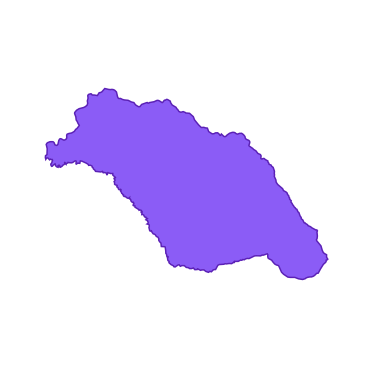 Caicedonia, Valle del Cauca, Colombia, rotated 297°
{"feature_id": "7082276B66968724645536", "entity_name": "Caicedonia", "entity_type": "district", "adm_level": 2, "iso_a3": "COL", "parent_name": "Colombia", "parent_adm1": "Valle del Cauca", "projection": "orthographic", "projection_center": [-75.855, 4.307], "detail": "fine", "context": "isolated", "style": "filled", "palette": "violet", "viewbox_px": 384, "rotation_deg": 297, "n_neighbors": 0, "source": "geoboundaries", "source_scale": "gbopen_adm2", "svg_char_len": 6033}
<svg xmlns="http://www.w3.org/2000/svg" viewBox="0 0 384 384"><g transform="rotate(297 192 192)"><path d="M256.4,188.0L255.3,186.0L253.9,185.1L253.0,183.6L253.3,179.9L253.6,179.2L255.9,176.7L255.2,174.7L255.0,173.2L253.8,171.2L253.8,170.6L254.8,167.4L257.1,162.2L257.5,161.4L259.7,159.0L261.0,154.1L259.6,150.6L259.8,149.8L259.6,147.6L258.0,145.9L257.8,143.9L259.1,141.6L259.3,140.6L260.2,139.3L260.5,134.9L261.9,132.4L263.1,131.4L263.3,128.2L262.9,127.2L261.7,126.6L261.4,125.9L260.8,125.6L259.2,125.4L258.1,124.8L258.4,121.3L258.2,120.0L257.6,119.1L255.2,117.2L252.3,113.4L251.5,113.1L251.2,112.1L251.4,111.5L251.0,111.0L247.2,107.4L244.4,106.8L243.7,105.4L244.0,102.1L245.3,99.6L244.7,97.2L244.7,93.5L243.3,89.9L242.9,88.0L242.9,85.8L242.1,84.5L242.1,83.7L243.1,82.4L246.8,79.3L247.5,77.2L247.6,75.8L247.1,74.1L246.3,73.0L245.6,71.3L244.6,67.3L240.3,66.2L239.2,65.4L238.3,64.2L235.0,63.9L234.0,60.8L233.3,59.5L233.2,58.7L233.7,57.9L233.6,57.3L232.3,55.8L231.6,55.4L230.5,55.4L228.4,56.8L225.6,57.4L223.7,58.8L221.7,59.1L219.6,58.2L218.0,57.0L215.0,53.6L212.4,52.0L209.6,51.4L208.6,51.8L206.2,54.4L203.6,56.1L202.7,57.7L201.3,59.4L200.2,61.3L199.1,61.2L196.1,60.6L195.0,59.9L192.8,59.7L192.0,59.3L189.9,57.9L188.3,55.8L186.9,54.5L185.8,54.5L183.2,55.9L181.6,55.7L180.3,54.7L180.0,54.1L180.0,51.3L179.8,50.6L179.1,50.0L177.5,49.9L173.6,50.9L172.3,50.5L172.0,50.1L171.8,48.5L173.4,46.7L173.7,45.6L173.5,44.8L172.3,42.6L170.5,41.0L169.6,40.6L168.2,40.5L164.9,43.3L159.5,45.8L157.8,45.0L156.1,45.7L154.7,46.9L156.1,47.0L156.7,47.6L156.8,48.5L156.0,50.5L157.0,50.9L157.0,52.0L157.5,52.5L157.4,52.9L156.9,53.4L155.6,53.5L154.6,53.8L152.7,53.5L151.5,54.5L151.2,55.4L151.7,55.9L152.8,56.1L154.9,57.2L154.8,57.5L153.5,58.5L153.0,60.0L153.2,61.5L154.0,61.4L154.6,60.7L155.6,61.3L155.3,62.4L154.2,63.0L154.3,63.5L155.9,64.5L157.5,64.9L158.3,65.5L159.3,65.8L160.2,65.2L160.6,65.3L160.5,65.7L159.6,66.3L159.4,67.3L160.3,67.0L161.4,68.1L162.1,68.1L162.3,69.1L163.3,71.4L164.1,72.3L166.4,73.5L167.0,74.3L166.7,74.9L164.5,75.8L164.3,76.2L165.9,77.2L166.6,79.0L169.0,78.4L169.5,80.0L169.7,84.7L169.5,86.9L168.8,87.8L169.7,89.2L169.8,90.7L169.5,91.4L168.9,91.7L168.7,92.7L167.8,93.7L167.4,95.4L166.6,96.7L168.5,101.7L169.7,102.8L169.6,103.3L168.9,103.8L168.9,104.3L169.7,105.4L170.0,107.1L168.8,108.1L168.8,108.4L169.2,108.6L170.6,108.0L171.1,108.2L171.1,109.4L171.5,110.2L171.4,110.9L172.5,113.0L171.1,113.8L170.2,117.2L169.9,117.3L168.8,116.3L168.3,116.7L168.0,117.7L167.1,118.2L166.0,117.8L165.0,118.9L163.8,119.5L163.6,120.4L163.9,122.3L162.5,122.7L162.3,124.2L161.5,124.8L161.0,125.7L161.1,126.2L162.0,127.2L161.9,127.6L161.5,127.9L160.8,127.7L160.4,127.9L159.9,128.9L158.9,130.0L158.8,130.9L158.1,131.8L158.3,132.3L157.4,132.8L157.2,133.7L157.8,134.5L157.3,136.2L157.3,137.6L157.5,138.3L158.6,138.8L157.8,139.0L157.9,139.7L157.5,139.9L157.4,140.8L156.3,141.7L155.6,143.7L156.2,144.3L155.6,145.3L154.1,145.7L153.6,145.4L153.3,145.7L153.3,146.4L153.7,147.4L152.6,148.1L152.2,152.7L151.7,153.1L152.3,153.7L152.6,154.9L152.4,155.5L151.7,155.5L150.9,155.9L151.5,156.6L149.1,157.5L149.6,158.1L149.5,159.5L148.5,160.7L148.2,162.1L148.6,162.3L148.0,163.2L148.1,164.2L146.3,163.5L146.3,165.4L145.8,165.6L145.2,166.7L144.0,167.0L143.1,166.5L143.4,168.1L143.1,168.9L142.3,169.4L140.9,169.7L138.3,171.9L138.3,172.8L139.0,173.4L137.9,174.8L137.1,176.5L137.4,177.9L137.1,179.0L136.2,180.4L136.3,182.1L135.4,183.5L133.8,184.4L133.0,185.7L132.4,187.5L129.5,189.4L130.8,192.4L130.8,193.1L127.8,195.2L125.4,196.6L125.0,197.5L122.8,199.2L122.8,199.4L123.5,199.9L123.4,200.2L121.6,200.4L120.0,201.7L119.8,203.1L118.8,203.4L118.2,204.3L118.2,205.0L117.8,206.2L117.8,209.1L117.3,209.6L117.2,210.0L117.8,211.2L118.7,211.6L120.9,212.9L121.3,213.8L120.6,214.9L120.6,215.5L121.8,216.3L122.9,218.6L122.2,221.1L123.0,223.4L122.6,224.4L123.6,226.4L124.9,227.7L124.8,228.3L124.2,229.3L124.1,230.0L124.7,230.6L125.1,231.7L126.1,231.9L126.1,235.2L127.1,236.2L128.0,238.0L127.5,240.4L127.9,243.1L129.4,244.0L129.7,245.5L132.3,246.3L133.3,247.5L133.6,248.2L138.4,248.3L139.7,249.2L142.1,253.2L143.1,254.0L143.5,255.2L145.2,257.6L146.2,259.9L147.6,260.6L148.4,261.7L148.8,261.7L149.1,261.1L149.5,261.2L149.7,261.9L151.2,264.7L153.4,266.2L153.8,267.4L154.9,267.9L155.4,269.4L156.4,269.9L157.3,270.7L158.0,271.6L158.5,273.0L163.4,276.7L164.2,277.9L166.3,282.2L167.6,283.1L168.2,284.3L171.1,287.1L170.7,287.9L168.5,289.0L167.5,290.1L167.4,294.1L166.7,295.2L165.4,298.3L165.3,300.3L165.7,302.2L165.4,303.0L161.2,308.2L160.3,310.9L159.7,316.0L160.5,318.3L162.6,322.4L163.0,326.3L164.3,330.3L166.1,332.2L167.4,332.8L168.4,333.7L169.6,335.2L170.6,337.0L171.8,338.2L173.3,339.1L176.1,340.0L177.0,341.3L181.7,341.4L187.2,341.9L190.0,343.0L191.1,343.0L192.2,342.5L193.0,343.3L193.8,343.5L195.0,341.5L197.2,340.4L197.3,337.9L197.7,336.4L199.3,334.4L202.5,331.4L205.2,325.2L206.1,324.5L207.2,324.6L209.7,323.7L213.1,321.5L214.3,321.4L214.9,320.4L214.4,319.6L214.5,315.2L214.9,313.3L214.7,310.6L215.2,310.0L215.4,309.1L215.5,307.2L215.8,306.9L215.5,305.9L217.5,303.2L217.7,301.6L218.9,300.8L219.8,299.1L222.2,296.6L222.5,295.3L224.2,293.3L224.2,292.0L224.8,291.1L225.0,290.0L226.1,288.3L226.3,287.5L227.3,286.3L227.9,284.8L229.3,284.3L229.9,282.3L230.2,282.0L230.8,281.9L231.5,280.7L232.6,279.8L233.2,278.2L234.2,277.4L234.7,275.9L234.8,272.9L236.1,271.2L237.6,265.0L238.9,262.6L240.9,261.2L243.2,258.3L244.8,257.7L245.7,257.0L248.0,256.0L250.8,253.1L251.1,251.3L251.9,250.3L251.7,248.1L252.6,247.3L253.2,246.1L254.1,245.5L254.2,242.5L254.6,241.1L254.2,240.2L253.2,239.4L253.0,238.6L253.3,238.0L255.5,237.2L256.4,236.0L256.3,233.1L257.7,230.3L257.9,227.5L258.4,226.3L258.9,222.2L259.4,221.5L262.1,221.1L262.9,220.7L263.5,220.0L263.8,219.0L263.6,216.7L263.8,215.8L264.3,214.9L265.3,214.2L265.7,213.6L266.5,211.8L266.8,210.0L266.8,209.5L265.8,207.7L264.2,206.3L264.0,204.6L264.3,203.8L264.2,202.3L263.4,200.8L261.4,198.8L258.5,197.3L257.5,197.1L256.3,196.3L256.0,195.2L257.0,191.8L255.4,191.7L255.2,191.2L256.0,189.7L256.4,188.0Z" fill="#8b5cf6" stroke="#5b21b6" stroke-width="1.5"/></g></svg>